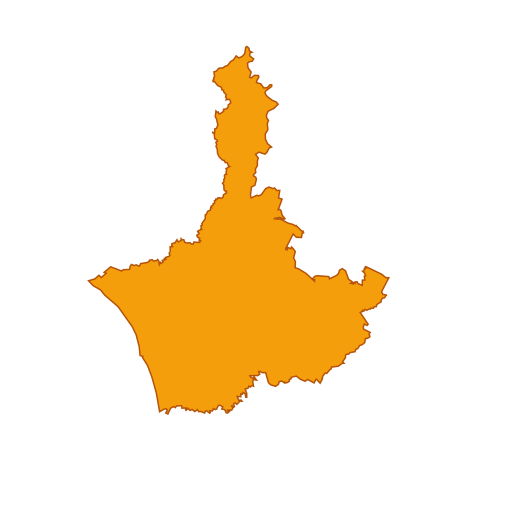 Whanganui District, Manawatu-Wanganui, New Zealand, rotated 27°
{"feature_id": "76426892B60533113586032", "entity_name": "Whanganui District", "entity_type": "district", "adm_level": 2, "iso_a3": "NZL", "parent_name": "New Zealand", "parent_adm1": "Manawatu-Wanganui", "projection": "robinson", "projection_center": [175.119, -39.636], "detail": "fine", "context": "isolated", "style": "filled", "palette": "amber", "viewbox_px": 512, "rotation_deg": 27, "n_neighbors": 0, "source": "geoboundaries", "source_scale": "gbopen_adm2", "svg_char_len": 6141}
<svg xmlns="http://www.w3.org/2000/svg" viewBox="0 0 512 512"><g transform="rotate(27 256 256)"><path d="M158.6,151.8L162.5,156.6L162.9,160.2L161.6,161.3L163.2,165.1L161.3,165.4L161.4,165.9L163.0,165.7L166.0,170.3L168.8,170.3L169.5,171.2L168.6,172.9L170.4,174.5L170.6,176.5L172.8,178.2L175.2,182.1L178.4,184.5L182.9,185.8L184.4,185.2L186.1,186.7L188.0,185.9L190.6,188.3L192.0,188.1L189.6,191.8L190.6,192.2L191.2,194.8L192.8,196.6L191.5,197.2L191.2,198.4L192.8,200.9L192.5,202.3L193.7,204.3L193.1,206.4L195.1,207.4L197.5,211.6L199.6,212.3L200.2,211.7L201.0,213.1L199.2,216.3L199.9,218.5L199.3,220.2L196.6,220.8L195.5,221.7L195.8,222.6L194.3,223.6L194.9,224.9L193.9,225.5L195.1,227.8L194.0,228.9L194.6,230.1L193.5,232.0L194.4,233.1L193.6,233.2L194.5,236.0L192.7,237.9L192.8,241.9L192.1,242.4L193.9,245.9L193.0,251.6L194.0,252.8L193.2,254.2L194.2,254.9L194.6,257.1L195.3,257.1L193.0,259.8L192.9,260.9L194.5,261.1L195.1,262.2L193.8,264.3L195.3,265.8L197.9,265.8L198.0,267.6L199.7,267.6L199.1,269.0L199.6,269.5L194.3,271.8L194.7,273.8L192.9,274.7L191.1,274.1L188.6,275.8L186.2,276.1L184.3,274.3L182.7,275.2L181.5,274.6L182.1,276.3L180.4,278.7L178.2,277.4L177.9,280.9L175.5,283.1L176.2,285.1L177.3,285.5L175.3,286.9L177.5,290.6L177.4,293.1L179.0,294.4L178.8,295.6L176.0,298.4L177.1,299.6L175.6,300.0L176.4,300.9L174.5,302.4L176.0,303.3L174.9,305.6L173.7,305.6L173.8,307.5L172.9,306.5L173.2,305.1L172.5,305.5L170.7,304.0L169.9,303.9L170.1,304.6L167.0,307.1L165.2,306.4L162.9,308.2L163.3,309.1L162.3,310.9L156.6,315.2L156.9,317.0L156.3,318.2L153.4,318.2L151.7,319.8L148.8,320.1L148.6,322.6L149.5,325.3L143.9,328.5L143.1,330.4L131.5,331.6L128.1,339.5L130.3,339.3L128.0,345.4L124.8,344.5L122.8,349.6L118.0,354.1L124.5,356.4L132.9,356.8L139.2,359.6L156.0,363.7L177.6,375.0L184.8,380.4L193.1,389.8L197.9,397.3L201.2,396.6L200.5,397.2L200.9,397.9L209.1,402.8L217.9,410.8L229.4,423.3L240.8,438.5L243.7,434.1L245.4,432.9L247.1,433.7L246.8,436.8L249.2,436.8L249.0,430.4L250.9,427.6L252.9,427.8L253.3,425.7L257.4,423.3L258.2,423.4L259.0,425.2L262.9,423.1L262.9,424.8L263.7,425.3L264.8,422.6L267.3,423.6L268.8,421.7L272.1,422.4L273.5,419.5L275.6,420.7L277.4,419.6L281.5,419.3L281.3,417.2L282.3,416.4L286.1,417.1L286.3,416.2L285.0,414.8L287.5,413.9L287.4,411.2L289.5,411.3L290.4,410.4L290.3,406.6L291.1,405.4L294.7,405.4L295.0,407.9L297.9,407.1L300.7,409.3L301.9,408.9L302.8,406.6L300.8,407.0L300.5,406.3L304.2,404.4L304.5,402.9L304.2,401.8L301.9,400.3L304.8,400.8L305.2,399.9L303.3,398.2L303.4,397.2L304.2,396.4L306.3,396.9L307.6,392.6L309.4,391.7L308.2,391.1L306.1,392.4L303.0,389.6L306.4,388.3L305.0,385.7L306.6,385.3L306.4,383.4L308.9,383.7L311.1,386.5L311.9,386.1L310.1,382.6L306.7,379.4L308.9,377.5L308.7,375.1L310.4,375.4L311.2,373.3L312.9,373.1L310.0,369.3L309.8,367.3L312.8,366.3L309.6,364.7L309.1,365.0L309.8,366.0L309.1,366.3L306.0,366.3L304.9,365.4L311.9,361.7L313.0,359.5L310.9,358.1L311.0,357.3L315.1,356.9L317.5,355.5L324.6,363.2L327.4,364.1L332.5,363.3L334.2,360.3L333.8,357.3L335.8,355.7L338.1,356.1L338.9,355.3L339.3,356.1L341.1,354.8L342.6,352.6L341.7,350.8L343.0,349.5L342.5,348.0L346.4,344.7L351.6,345.7L356.6,345.3L358.1,342.6L365.4,342.7L365.4,338.6L366.0,338.4L370.9,340.2L370.9,335.1L370.3,334.8L370.1,332.2L370.9,328.8L372.4,328.4L373.4,323.7L374.2,322.7L373.7,320.7L379.3,316.9L381.5,312.6L383.1,311.6L381.1,310.8L381.9,306.1L380.9,304.0L381.1,302.6L383.1,301.4L383.6,299.4L387.7,296.3L387.3,293.9L388.8,292.1L388.9,288.8L391.0,286.6L392.2,283.8L390.9,279.8L392.3,279.2L394.0,276.8L393.9,275.7L392.2,274.4L392.4,272.3L385.1,272.3L383.8,270.5L383.4,267.4L386.4,267.5L386.9,265.9L374.4,259.0L376.0,257.2L375.6,256.1L377.1,256.2L377.1,254.2L379.2,254.2L380.8,251.9L382.0,251.4L382.2,250.2L384.3,249.2L384.4,247.6L386.2,246.4L385.7,244.3L388.3,240.0L387.5,238.6L387.9,236.2L389.5,234.9L389.7,232.2L390.5,231.5L386.3,232.6L384.1,230.7L384.2,215.1L381.4,216.3L376.3,215.2L358.7,215.6L358.3,216.3L359.5,216.6L359.2,217.8L358.3,218.0L358.9,220.6L358.0,221.2L360.4,221.9L362.6,223.8L361.7,224.8L363.9,228.0L361.7,229.3L364.0,233.9L359.6,234.3L357.7,233.1L355.9,234.4L356.6,235.2L355.0,235.3L354.8,236.2L355.6,235.9L355.6,236.7L352.8,237.3L353.6,236.3L353.2,235.2L349.0,234.7L342.5,228.6L338.6,228.1L336.9,230.6L337.4,234.0L336.7,236.6L331.8,243.0L330.2,241.3L319.5,245.8L317.7,247.3L316.7,250.5L317.7,251.3L319.0,250.4L319.6,251.9L308.5,248.8L299.5,248.1L296.2,248.7L293.6,243.0L290.4,240.7L289.0,234.2L285.0,232.2L283.5,231.9L283.9,233.6L280.4,234.0L281.0,236.2L279.8,236.7L279.1,235.9L279.1,219.5L283.4,221.0L288.1,218.9L286.8,214.6L287.9,213.8L286.5,212.4L285.3,213.0L277.8,210.6L276.8,211.5L275.2,211.0L269.4,212.2L261.5,212.0L254.8,214.7L259.7,210.8L264.4,210.4L264.9,209.6L260.7,207.7L257.4,204.0L255.5,203.8L254.8,204.6L253.4,193.5L249.8,194.1L247.4,186.8L244.7,188.2L241.7,186.9L240.6,188.2L236.2,188.7L234.0,191.6L232.9,198.9L230.9,201.4L229.3,201.4L225.3,206.4L223.5,204.4L220.6,196.6L222.9,193.5L221.6,187.7L220.2,186.0L217.3,185.7L217.0,184.3L217.9,181.8L216.0,178.9L216.2,174.9L214.1,170.8L213.5,167.7L209.5,165.6L211.5,162.1L217.7,161.2L218.6,159.1L218.7,153.9L220.4,151.9L215.3,150.7L211.4,147.6L208.9,143.2L209.2,138.1L206.0,133.0L205.6,129.5L202.8,128.1L201.2,125.4L201.1,121.5L205.1,116.0L206.8,110.7L204.2,109.6L199.8,109.9L193.6,108.8L190.6,107.3L189.7,106.0L189.9,104.1L193.0,97.8L192.3,96.4L190.7,97.1L189.5,101.1L186.6,102.7L182.0,100.4L177.7,101.3L177.1,99.5L177.3,95.2L176.2,94.1L172.8,95.6L170.7,99.6L169.2,99.7L168.1,94.3L163.5,92.0L160.9,88.1L161.6,86.2L164.2,84.1L164.5,81.5L159.4,80.5L158.5,77.7L159.9,76.3L157.1,76.3L155.4,74.1L152.8,73.5L152.1,74.7L154.1,80.9L153.0,84.7L150.6,87.4L147.5,86.7L146.9,91.5L145.1,94.2L144.1,99.3L141.9,101.5L141.5,103.1L137.6,105.6L136.7,109.3L134.9,111.0L137.7,115.1L137.4,116.5L138.5,118.2L137.8,118.9L138.6,120.1L140.1,119.5L144.3,121.5L148.6,121.4L150.0,123.4L151.9,123.2L152.8,124.5L156.3,125.9L156.7,128.2L158.5,129.0L158.5,130.4L160.9,128.6L162.3,129.0L164.0,131.0L162.7,134.0L163.5,135.7L163.1,138.1L160.4,140.1L161.5,141.7L159.5,145.5L158.4,146.2L157.1,144.8L156.1,145.6L154.5,145.0L156.5,150.4L158.6,151.8Z" fill="#f59e0b" stroke="#b45309" stroke-width="1.5"/></g></svg>